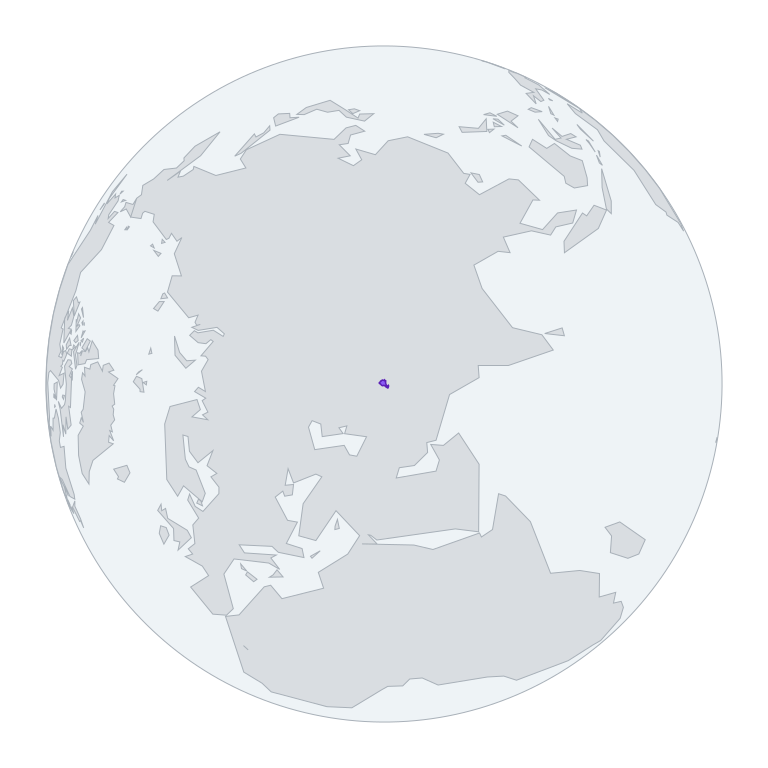 Jawzjan on an orthographic globe, rotated 282°
{"feature_id": "AFG-1746", "entity_name": "Jawzjan", "entity_type": "Province", "adm_level": 1, "iso_a3": "AFG", "parent_name": "Afghanistan", "parent_adm1": "", "projection": "orthographic", "projection_center": [65.748, 36.744], "detail": "fine", "context": "on_globe", "style": "filled", "palette": "violet", "viewbox_px": 768, "rotation_deg": 282, "n_neighbors": 0, "source": "natural_earth", "source_scale": "10m", "svg_char_len": 12499}
<svg xmlns="http://www.w3.org/2000/svg" viewBox="0 0 768 768"><g transform="rotate(282 384 384)"><circle cx="384" cy="384" r="338" fill="#eef3f6" stroke="#a8b0b8"/><path d="M435.2,50.0L444.5,53.6L473.2,64.8L489.4,69.2L480.3,68.3L515.7,78.4L535.8,89.0L508.7,76.8L502.5,75.5L514.0,82.0L510.1,82.2L513.5,85.8L507.8,85.8L492.4,79.6L488.5,79.8L496.8,84.5L496.4,88.1L484.8,81.0L482.9,86.9L456.7,79.7L430.1,64.0L411.1,63.2L371.8,56.6L371.0,58.6L355.5,58.6L348.8,61.2L343.4,60.0L342.7,63.2L348.9,63.8L350.6,65.6L347.2,67.5L339.7,66.1L340.4,64.9L336.4,65.5L334.2,64.2L333.4,65.9L324.7,64.5L328.1,68.8L317.0,70.1L312.7,68.5L319.9,64.9L327.8,55.0L325.6,53.8L315.4,54.8L281.7,63.8L276.5,64.6L264.6,68.4L264.3,69.1L273.5,66.7L270.0,69.9L281.8,67.4L282.1,68.7L291.4,68.4L282.7,72.7L269.1,77.5L260.9,78.2L254.7,80.7L256.5,84.0L235.5,90.3L211.7,103.8L207.1,105.5L208.7,100.2L223.7,89.1L225.9,85.6L217.0,92.7L205.5,98.1L200.5,101.4L196.8,104.4L198.2,104.4L192.7,107.7L199.5,101.1L204.5,98.0L202.4,99.8L209.3,95.0L212.5,92.8L235.1,80.6L258.6,70.2L282.8,61.6L307.6,54.8L332.8,50.0L358.4,47.1L384.0,46.1L409.7,47.1L435.2,50.0ZM448.9,52.6L443.5,51.6L444.3,51.5L447.1,52.1L448.9,52.6ZM501.8,72.9L495.2,69.9L503.0,72.9L501.8,72.9ZM514.9,86.3L518.0,87.3L518.4,88.8L514.9,86.3ZM295.6,66.1L293.5,67.2L292.8,66.7L295.6,66.1ZM301.6,65.2L302.3,63.8L305.3,63.2L304.8,64.0L301.6,65.2ZM510.2,90.5L509.9,93.1L507.5,89.3L510.2,90.5ZM300.0,67.1L310.4,62.3L315.6,61.3L318.0,64.0L300.0,67.1ZM508.0,93.9L507.4,101.1L514.3,103.5L494.6,101.5L501.6,95.5L497.6,90.2L503.5,93.5L508.0,93.9ZM352.3,63.3L345.6,62.7L354.3,61.7L352.3,63.3ZM357.5,62.3L382.0,58.0L390.2,60.4L380.4,61.1L393.6,63.4L385.6,66.6L376.5,66.0L372.8,63.7L372.6,66.8L357.5,62.3ZM483.8,99.6L481.4,100.7L481.0,98.4L483.8,99.6ZM352.0,66.3L356.2,65.0L363.6,66.9L356.6,69.9L356.4,68.3L352.0,66.3ZM401.0,62.8L405.3,65.1L400.0,68.1L400.9,69.5L386.1,66.9L401.0,62.8ZM353.0,68.8L352.8,71.5L346.2,72.4L348.4,67.8L353.0,68.8ZM368.6,66.2L371.8,67.3L367.7,67.6L368.6,66.2ZM322.6,78.3L327.4,76.1L331.7,76.7L322.6,78.3ZM353.2,72.5L355.4,72.2L357.7,72.4L356.2,74.4L353.2,72.5ZM383.4,69.5L380.3,70.5L389.2,70.7L385.6,73.5L376.3,71.4L378.8,73.4L377.7,74.4L371.4,71.7L383.4,69.5ZM361.4,77.1L348.4,76.2L338.4,79.8L334.3,79.2L351.1,73.6L361.4,77.1ZM367.8,74.1L362.9,75.8L360.3,73.8L362.0,71.6L367.8,74.1ZM386.5,76.3L394.4,72.5L396.1,73.2L386.5,76.3ZM359.0,78.5L362.2,78.7L358.6,79.0L359.0,78.5ZM378.6,77.2L381.2,75.7L383.1,76.5L378.6,77.2ZM366.4,80.7L362.3,80.3L363.3,78.6L366.4,80.7ZM372.4,79.4L374.4,80.8L366.2,78.2L373.3,78.6L372.4,79.4ZM380.0,78.2L382.0,78.1L378.7,78.7L380.0,78.2ZM364.9,87.8L354.2,85.0L356.5,81.0L366.6,84.3L364.9,87.8ZM56.5,395.2L59.4,337.7L66.0,326.9L73.0,306.8L123.7,277.3L128.0,290.2L160.7,309.0L163.6,315.0L152.8,328.8L171.7,367.4L186.1,358.9L210.1,383.9L230.6,391.7L250.1,363.4L216.7,349.9L217.8,332.2L250.1,329.8L280.3,342.5L281.7,336.1L268.4,316.1L281.2,307.8L264.4,308.4L266.9,316.4L256.5,317.4L253.6,310.2L258.2,307.3L250.8,301.1L230.6,318.0L230.9,328.0L207.7,321.6L206.0,338.1L197.6,341.8L197.4,315.6L201.9,308.2L196.6,275.8L189.8,282.6L194.3,314.2L190.3,309.5L181.0,320.5L184.9,308.5L181.7,273.7L164.8,266.9L132.9,283.3L125.1,278.0L123.3,264.4L145.2,237.1L160.1,252.3L168.1,244.2L173.9,225.5L177.9,232.2L182.1,226.8L188.6,232.2L206.4,226.3L214.3,230.6L229.7,216.1L235.9,216.7L225.0,224.8L221.7,233.4L242.4,245.3L248.8,244.0L257.2,234.0L261.8,239.1L267.3,227.9L283.3,230.5L268.3,218.4L277.7,207.7L291.9,203.2L292.3,197.9L269.2,205.3L262.4,210.5L260.8,218.1L239.9,231.9L231.0,230.7L242.7,209.1L231.3,205.5L245.4,191.4L299.3,177.8L317.5,179.4L329.9,204.3L320.8,209.7L311.9,203.0L312.4,219.1L316.1,212.9L319.9,217.6L329.9,209.6L333.1,212.6L337.2,200.3L342.2,203.1L339.5,210.9L358.6,202.8L371.3,206.9L374.1,203.7L373.5,199.1L390.1,208.1L391.4,205.4L386.4,201.4L385.8,193.6L391.2,183.8L396.7,187.4L395.4,191.4L401.1,205.9L397.1,216.8L399.9,217.4L404.7,208.9L397.8,191.1L399.5,184.2L404.1,191.9L402.5,188.6L405.1,186.3L412.7,187.8L408.2,179.2L428.9,153.1L445.8,154.3L447.6,163.4L467.8,151.8L485.2,155.8L480.6,151.8L487.2,144.8L481.8,143.3L480.1,141.0L494.6,124.4L502.2,124.0L503.2,114.2L500.9,112.4L495.3,111.9L494.6,101.5L514.3,103.5L518.7,107.4L528.1,106.8L536.7,116.1L548.1,124.2L552.1,136.1L560.8,142.1L563.5,141.3L577.3,149.7L596.6,171.2L569.2,157.2L538.0,129.6L549.7,140.6L543.5,139.5L545.6,144.5L554.1,152.8L557.3,152.8L553.0,176.2L566.6,204.0L574.2,196.7L584.5,200.7L606.6,230.3L612.9,284.3L626.6,293.6L631.1,302.6L627.3,312.6L620.6,299.5L611.8,298.9L608.7,290.5L600.2,303.5L595.3,292.2L591.2,308.7L598.7,315.6L608.0,307.6L606.5,327.9L622.8,337.5L630.7,355.7L623.2,398.6L606.6,418.2L606.9,424.6L597.2,421.7L589.0,438.0L610.6,463.6L611.6,473.0L596.1,497.9L595.0,491.4L569.5,483.6L568.0,507.0L587.4,518.2L594.2,536.1L580.7,535.1L573.4,519.4L564.3,516.0L564.5,496.4L552.5,470.2L538.7,480.0L537.5,468.0L519.0,447.2L497.8,460.1L465.8,498.0L465.0,528.2L452.4,542.5L428.0,501.9L421.7,472.3L410.0,475.7L387.3,450.3L339.8,446.6L335.6,438.0L326.1,440.9L310.6,430.7L305.3,416.4L294.6,415.5L309.6,453.0L321.2,454.0L334.6,442.3L336.3,454.9L351.6,467.2L325.3,493.7L259.1,507.3L257.1,483.9L229.9,409.4L233.2,402.6L233.3,401.7L233.2,400.1L226.1,410.5L223.0,395.7L232.7,446.7L232.3,466.3L258.1,508.4L254.6,511.1L264.2,520.4L300.5,518.9L299.7,526.2L279.8,555.8L233.5,586.3L242.3,614.2L243.4,634.2L220.4,638.8L228.4,654.0L217.4,654.0L220.7,661.2L215.3,664.6L203.9,663.7L178.2,649.3L171.9,642.3L151.7,621.7L121.8,575.2L123.2,561.9L118.9,546.0L100.8,499.5L104.4,482.5L100.8,470.5L92.6,465.1L89.0,450.5L84.6,445.5L60.6,419.9L56.5,395.2ZM98.9,300.9L95.7,306.4L98.9,300.9ZM307.7,372.4L328.8,377.9L327.2,355.8L335.3,356.4L331.8,349.0L327.0,354.3L319.7,334.5L331.7,330.5L333.2,321.3L326.1,319.1L305.4,329.9L315.7,357.8L307.5,365.0L307.7,372.4ZM205.2,98.5L204.5,99.2L199.9,102.5L200.5,101.6L205.2,98.5ZM189.2,115.1L180.8,120.2L187.2,115.6L186.3,114.9L198.8,105.0L205.4,105.9L200.2,107.0L189.2,115.1ZM217.3,93.2L208.6,98.6L217.8,92.7L217.3,93.2ZM198.9,195.0L198.3,200.8L191.5,205.2L181.6,202.0L191.2,195.2L198.9,195.0ZM198.9,208.2L213.3,188.9L220.1,190.9L213.8,192.9L216.9,196.2L207.6,200.4L200.0,222.0L193.6,227.5L178.7,217.1L187.1,217.1L187.2,211.1L198.9,208.2ZM238.1,143.6L244.5,137.3L251.0,149.4L244.3,154.0L233.9,150.5L235.7,143.0L238.1,143.6ZM302.4,73.7L304.4,72.0L306.4,72.1L306.4,73.8L302.4,73.7ZM324.5,77.2L295.8,82.2L296.6,80.2L278.8,86.5L274.1,84.1L285.8,79.8L268.8,83.2L277.4,78.4L265.7,81.5L292.2,72.4L299.3,69.0L293.2,73.6L297.4,75.8L301.3,75.8L317.8,73.3L335.1,67.8L342.0,69.8L342.3,72.8L339.1,74.4L335.6,72.4L334.0,76.0L326.6,74.5L324.5,77.2ZM341.3,116.9L338.5,112.1L334.0,122.7L326.5,119.7L326.4,121.2L318.3,121.5L308.3,124.8L305.9,122.7L303.1,124.9L297.6,125.5L292.9,128.0L286.9,125.3L280.7,128.3L281.4,125.4L272.2,131.4L276.4,125.9L269.8,126.7L269.2,131.6L248.8,115.2L237.0,113.9L224.8,116.2L233.7,107.4L250.7,100.1L270.2,95.5L280.3,98.6L282.5,94.5L288.0,94.9L284.0,98.0L293.4,93.7L296.8,95.0L314.2,93.3L325.7,87.2L332.3,86.8L329.6,89.9L338.1,87.5L337.4,93.2L342.1,93.2L346.1,99.4L338.0,105.9L343.9,105.5L347.3,110.7L341.3,116.9ZM365.6,89.6L357.7,97.2L349.6,99.6L346.0,88.1L341.8,87.3L339.2,80.9L350.9,77.8L350.6,79.8L353.0,81.1L348.3,81.5L353.8,82.2L353.6,85.2L357.7,86.7L354.0,88.7L365.6,89.6ZM171.2,312.1L174.2,315.2L180.0,318.0L174.3,325.4L171.2,312.1ZM168.5,288.4L171.9,289.5L166.6,300.4L163.5,297.6L168.5,288.4ZM178.3,281.2L172.5,288.7L173.8,283.0L178.3,281.2ZM228.6,225.6L232.8,226.5L231.5,229.2L227.1,231.8L228.6,225.6ZM326.1,150.9L325.8,147.0L328.2,146.4L334.1,138.3L340.1,140.3L338.9,146.0L326.1,150.9ZM241.9,366.6L233.4,370.3L231.4,366.2L234.8,365.7L241.9,366.6ZM200.2,347.9L207.6,356.3L198.6,349.8L200.2,347.9ZM333.7,151.7L335.4,148.0L337.3,151.4L333.7,151.7ZM344.8,141.5L347.8,144.7L341.5,139.7L344.8,141.5ZM396.4,720.6L401.3,720.9L395.4,721.1L396.4,720.6ZM298.1,643.3L286.0,671.9L270.7,668.6L264.2,658.8L266.1,640.5L282.7,638.2L289.8,630.0L298.1,643.3ZM650.9,548.3L656.7,545.0L656.3,546.3L650.9,548.3ZM645.0,548.7L652.1,544.2L643.3,552.2L645.0,548.7ZM654.8,542.4L661.9,534.9L665.1,530.7L664.2,533.5L654.8,542.4ZM639.9,552.1L610.3,568.2L597.9,570.9L601.4,565.2L621.5,556.5L639.9,552.1ZM600.4,565.5L580.7,561.3L549.9,533.2L561.0,530.4L592.5,542.6L590.6,547.3L602.5,552.3L600.4,565.5ZM645.8,518.7L643.7,531.5L627.9,539.8L620.4,541.9L615.3,529.4L618.2,520.1L624.6,517.1L646.1,476.6L654.2,478.4L648.3,494.2L654.7,500.7L645.8,518.7ZM466.8,530.7L475.9,546.6L468.7,550.4L466.8,530.7ZM652.6,451.4L645.4,469.3L651.2,447.8L652.6,451.4ZM654.7,432.7L656.2,438.6L651.8,434.9L654.7,432.7ZM608.7,433.7L602.2,438.5L600.9,434.0L608.6,425.2L608.7,433.7ZM636.5,371.2L640.5,384.9L640.7,390.2L635.7,383.8L636.5,371.2ZM387.4,169.1L372.4,177.5L365.7,186.2L368.1,194.5L358.2,186.9L368.7,173.6L387.4,169.1ZM423.2,154.4L421.0,148.0L426.2,148.9L427.4,150.5L423.2,154.4ZM418.9,151.8L408.3,147.7L409.9,142.9L417.9,147.1L418.9,151.8ZM370.6,148.4L365.7,150.6L364.3,147.7L370.6,148.4ZM632.6,612.9L602.8,640.8L595.8,645.3L603.2,638.1L608.0,625.6L610.8,624.1L616.0,612.5L645.0,584.1L667.5,548.7L677.1,539.9L688.3,515.0L696.2,504.9L690.2,521.7L694.1,517.9L707.3,479.6L704.4,491.5L696.0,513.7L686.2,535.2L674.9,556.0L662.1,575.9L648.0,594.9L632.6,612.9ZM665.1,538.4L674.1,523.1L678.0,518.7L665.1,538.4ZM713.6,458.4L713.5,458.8L712.8,458.2L708.7,473.2L701.7,485.9L704.4,477.4L704.3,471.0L694.8,481.4L692.9,478.7L697.0,470.3L689.6,474.6L697.8,462.6L700.4,469.9L704.7,455.5L710.5,447.7L714.8,441.3L716.7,441.0L715.7,446.3L715.6,449.2L713.6,458.4ZM696.3,487.1L697.6,485.4L696.1,490.2L696.3,487.1ZM717.4,437.1L720.1,418.5L720.4,416.4L718.3,433.1L717.4,437.1ZM720.4,416.4L720.2,414.9L720.7,411.7L720.6,413.3L720.4,416.4ZM679.8,495.9L679.3,499.3L676.9,499.2L679.8,495.9ZM683.1,491.0L689.8,487.2L682.3,494.3L683.1,491.0ZM658.9,500.5L661.4,506.0L669.3,495.2L663.2,506.7L667.8,514.6L665.7,520.5L661.3,511.6L658.4,526.4L654.9,528.8L653.6,518.7L657.7,501.9L661.2,493.3L675.0,479.9L658.9,500.5ZM683.3,482.1L681.3,475.2L682.7,468.0L684.9,470.6L683.3,482.1ZM674.2,459.3L667.5,453.6L662.5,461.8L671.4,438.7L676.6,448.0L674.2,459.3ZM666.7,440.4L662.2,447.9L666.1,435.4L666.7,440.4ZM660.3,445.4L658.6,438.4L662.8,436.4L660.3,445.4ZM669.3,438.7L668.2,425.4L671.3,431.2L669.3,438.7ZM653.7,423.2L664.7,428.8L652.4,432.1L646.4,408.1L651.3,404.0L653.7,423.2ZM646.3,303.4L642.0,297.3L644.9,292.3L647.0,297.8L646.3,303.4ZM650.3,272.3L644.3,289.0L638.7,303.3L643.0,304.1L646.3,317.8L637.1,310.3L637.2,291.7L642.3,283.1L638.1,272.3L638.8,261.1L630.9,249.9L629.6,242.7L638.3,250.5L650.3,272.3ZM627.3,245.5L613.8,224.4L621.5,220.7L626.2,224.5L629.1,235.5L624.9,236.7L627.3,245.5ZM612.8,218.5L608.6,219.7L579.9,196.2L575.8,190.6L601.7,205.2L599.0,207.4L604.7,214.2L612.8,218.5ZM484.8,102.3L481.7,100.9L485.2,101.0L484.8,102.3ZM477.0,140.4L475.3,137.2L479.4,137.0L477.0,140.4ZM472.7,128.6L469.3,130.9L470.6,126.9L472.7,128.6ZM461.9,136.7L466.8,131.1L465.4,138.7L461.9,136.7Z" fill="#d9dde1" stroke="#a8b0b8" stroke-width="1"/><path d="M384.1,379.1L384.3,379.2L384.3,379.3L384.5,379.5L385.6,379.9L385.6,380.0L385.8,380.1L385.9,380.3L386.0,380.3L386.3,380.3L386.3,380.6L386.5,380.7L386.7,380.8L386.8,380.8L387.0,380.9L387.1,381.0L387.2,381.3L387.3,381.5L387.5,381.7L387.6,381.8L387.4,382.2L387.4,382.4L387.4,382.5L387.5,382.8L387.6,383.0L387.8,383.2L387.7,383.2L387.7,383.3L387.8,383.4L387.8,383.5L387.8,383.8L387.7,383.8L387.4,383.8L387.2,383.9L387.2,384.0L387.3,384.1L387.4,384.5L387.5,384.7L387.6,384.8L387.5,385.0L387.4,385.0L387.2,385.0L386.9,385.1L386.3,385.2L385.9,385.3L385.7,385.2L385.4,385.3L385.2,385.4L385.1,385.5L384.6,385.7L384.2,386.0L383.9,386.2L383.8,386.3L383.7,386.3L383.2,386.4L382.9,386.4L382.9,386.5L382.9,386.8L382.8,387.8L382.9,388.0L383.0,388.1L382.9,388.4L382.9,388.5L383.0,388.5L383.6,388.4L383.7,388.5L383.4,388.7L383.3,388.8L383.2,388.8L383.1,388.7L382.9,388.6L382.8,388.8L382.7,388.9L382.4,388.9L382.2,388.9L381.9,388.8L381.7,388.8L381.7,388.7L381.4,388.7L381.3,388.8L381.2,388.8L381.1,388.7L380.9,388.6L380.9,388.4L381.0,388.4L381.2,388.2L381.3,388.1L381.2,387.8L381.3,387.7L381.5,387.5L381.5,387.4L381.4,387.3L381.4,387.2L381.4,386.9L381.6,386.4L381.8,386.3L382.5,386.2L382.7,385.9L382.6,385.6L382.5,385.4L382.5,385.2L382.6,384.9L382.4,384.8L382.3,384.7L382.5,384.3L382.5,384.1L382.6,383.9L382.5,383.7L382.4,383.7L382.3,383.3L382.1,383.0L382.0,382.9L382.0,382.7L382.2,382.1L382.8,381.1L383.0,381.0L383.2,380.7L383.4,380.5L383.4,380.3L383.4,380.2L383.4,379.8L383.5,379.7L383.6,379.4L383.8,379.4L384.0,379.4L384.0,379.2L384.1,379.1Z" fill="#8b5cf6" stroke="#5b21b6" stroke-width="1.5"/></g></svg>